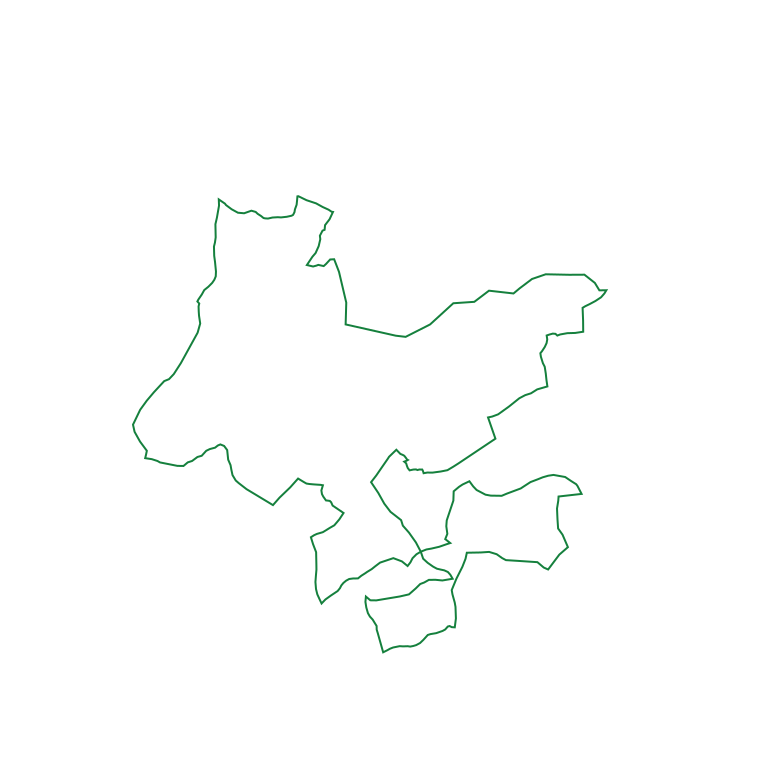 Nkwerre, Imo, Nigeria (orthographic projection), rotated 320°
{"feature_id": "59680162B31302026198632", "entity_name": "Nkwerre", "entity_type": "district", "adm_level": 2, "iso_a3": "NGA", "parent_name": "Nigeria", "parent_adm1": "Imo", "projection": "orthographic", "projection_center": [7.107, 5.761], "detail": "fine", "context": "isolated", "style": "outline", "palette": "green", "viewbox_px": 768, "rotation_deg": 320, "n_neighbors": 0, "source": "geoboundaries", "source_scale": "gbopen_adm2", "svg_char_len": 4727}
<svg xmlns="http://www.w3.org/2000/svg" viewBox="0 0 768 768"><g transform="rotate(320 384 384)"><path d="M376.1,136.4L372.3,141.3L362.9,149.2L357.6,153.2L349.3,163.5L345.4,167.0L342.1,169.4L336.3,176.7L333.0,181.9L327.6,189.8L324.3,193.4L321.0,195.1L317.4,196.1L311.9,196.6L306.7,196.5L302.0,198.3L296.0,200.0L294.1,200.8L294.2,203.6L291.8,205.4L288.6,209.5L286.2,212.8L282.1,219.5L274.2,224.9L241.9,237.4L229.3,241.3L222.4,242.1L217.5,240.5L202.5,242.4L191.5,244.3L180.7,247.0L165.6,253.8L162.2,260.3L160.1,271.3L159.4,282.7L156.5,285.0L153.4,287.3L157.8,292.3L161.0,297.4L162.0,300.1L173.1,313.9L177.7,317.9L183.3,317.9L187.5,319.6L194.2,320.0L198.2,321.8L201.2,321.4L204.9,320.9L208.8,321.9L213.7,324.2L217.2,324.3L219.8,325.1L221.7,328.7L221.4,333.8L216.0,341.8L214.3,347.5L212.1,351.3L209.4,356.4L208.4,362.6L209.0,366.5L211.1,376.2L214.4,385.8L221.1,405.4L230.9,403.9L245.7,402.9L257.4,401.2L259.6,407.7L260.6,410.4L262.6,412.7L265.7,415.8L268.5,418.5L270.6,420.5L272.1,422.3L267.6,425.3L265.7,428.5L265.1,431.2L264.9,433.6L264.7,435.9L265.6,436.8L267.3,438.7L267.5,440.6L266.5,444.1L270.1,456.8L262.7,459.0L255.1,460.3L250.1,459.4L241.9,458.2L236.2,455.7L233.3,454.9L229.5,454.4L226.7,461.1L223.9,469.2L216.5,478.4L212.9,482.8L209.1,486.6L204.2,491.6L200.1,497.4L197.7,502.3L196.3,507.4L195.1,512.0L200.6,511.4L207.3,511.9L215.4,512.8L219.0,512.1L221.8,510.9L225.0,510.3L228.5,510.3L232.0,511.0L235.3,513.1L239.1,516.2L243.4,516.3L247.9,516.9L250.2,517.1L255.6,517.9L260.1,518.0L266.2,518.3L279.2,523.4L283.7,531.4L285.1,538.6L289.6,537.6L293.9,535.8L299.4,535.3L304.4,536.1L306.6,525.9L307.6,513.9L307.4,504.6L309.6,499.3L306.8,486.1L307.3,475.8L309.6,463.8L311.0,450.9L319.3,449.1L328.3,446.6L338.9,443.7L341.1,443.0L351.2,442.3L351.6,448.1L352.4,449.6L353.2,451.3L353.4,452.3L353.3,454.8L353.1,456.7L353.4,457.5L351.7,457.2L349.6,456.5L350.0,459.0L349.0,461.3L348.2,463.6L348.1,466.6L351.5,468.4L353.6,470.0L354.3,471.4L356.1,472.2L358.3,474.1L357.9,475.8L357.0,477.8L360.3,479.7L364.1,483.0L371.2,487.5L377.2,490.8L384.0,491.9L390.1,492.7L434.2,497.5L442.2,476.5L446.0,478.5L451.9,480.6L465.2,481.6L478.5,481.9L485.0,483.3L490.6,485.6L497.9,486.6L507.6,490.9L511.0,485.4L514.7,479.9L518.2,474.1L519.1,470.2L521.7,464.0L523.6,460.9L525.9,460.5L530.9,459.0L534.8,457.2L537.7,454.8L539.8,451.4L542.4,452.4L545.7,453.9L547.6,455.8L547.9,458.3L550.8,459.3L557.1,462.9L563.3,467.8L570.2,472.0L577.2,463.5L585.1,453.3L588.2,453.8L593.0,455.0L599.2,456.3L606.0,457.1L611.1,456.3L614.6,455.1L609.2,450.7L610.5,442.1L607.8,429.1L596.1,419.4L578.4,403.9L564.9,398.7L549.4,397.9L541.4,397.9L524.4,380.0L506.0,379.1L489.0,366.7L457.6,368.0L430.9,361.8L424.1,354.6L392.9,313.7L397.1,309.0L407.4,297.4L421.6,269.2L426.0,256.4L422.8,254.0L416.7,254.8L413.6,254.9L410.2,250.5L408.4,249.9L405.2,248.4L401.4,243.3L406.5,241.8L411.0,240.5L415.8,239.7L422.6,236.4L428.3,232.1L430.2,229.2L435.5,227.0L437.6,227.7L441.0,224.4L448.2,222.8L455.5,219.4L454.6,218.4L453.6,214.9L450.8,209.0L448.1,202.0L442.8,193.4L439.1,185.1L438.3,184.6L435.3,187.6L432.3,190.5L428.0,193.0L425.9,194.8L423.1,196.0L421.4,195.7L417.0,193.4L412.2,190.2L409.9,188.0L407.2,186.0L405.6,184.8L401.5,182.7L399.4,180.7L398.4,179.4L397.8,176.3L396.6,172.4L396.3,169.7L393.8,166.0L386.6,163.3L382.2,158.9L379.6,152.2L378.0,145.4L378.1,143.6L377.0,139.7L376.1,136.4ZM210.9,589.0L215.5,590.1L218.3,590.6L221.6,591.7L223.8,592.9L227.5,594.9L229.9,597.2L233.6,600.1L235.3,602.0L238.0,603.5L240.8,604.7L245.1,605.6L249.7,605.3L256.2,604.4L258.9,605.5L263.8,608.4L270.1,610.8L273.1,611.4L277.0,610.8L278.7,611.6L279.6,613.8L281.8,615.9L288.4,609.8L295.5,600.7L297.7,596.9L301.2,589.2L303.4,585.4L314.3,579.7L326.6,574.4L334.1,570.3L339.0,566.5L349.9,575.3L356.6,580.2L360.9,586.8L362.6,593.3L364.2,597.3L372.3,605.0L387.0,619.1L388.4,627.3L390.5,631.6L408.6,627.4L420.0,627.2L423.9,614.2L424.5,606.6L429.9,599.2L436.5,590.6L442.5,585.4L445.4,582.4L464.7,595.2L465.8,590.4L466.7,586.4L466.8,584.3L465.0,578.7L463.0,571.7L455.4,562.6L450.8,559.8L445.6,557.5L440.7,555.9L433.2,553.3L425.1,552.3L421.6,551.9L407.5,546.9L402.3,545.3L394.0,538.1L390.6,534.0L386.8,524.7L386.5,519.8L386.9,513.4L379.6,511.5L375.3,511.0L368.4,511.0L362.2,517.9L344.4,528.8L340.3,533.0L336.2,539.5L331.2,542.2L332.5,548.4L328.8,546.9L321.7,544.2L314.6,540.6L310.1,538.0L304.4,536.1L301.7,543.0L302.5,549.0L304.2,555.4L305.8,559.5L308.3,562.8L310.4,565.5L312.1,569.1L312.2,572.7L311.4,577.3L302.4,572.0L297.7,567.2L292.5,562.9L287.2,561.9L283.2,560.5L276.9,561.0L267.9,561.2L259.5,556.9L239.0,544.8L234.5,540.9L233.5,535.2L229.7,539.0L226.8,543.8L224.4,549.2L223.7,553.1L223.9,557.2L223.3,561.1L222.8,564.6L220.5,567.5L219.2,570.6L210.9,589.0Z" fill="none" stroke="#15803d" stroke-width="2"/></g></svg>